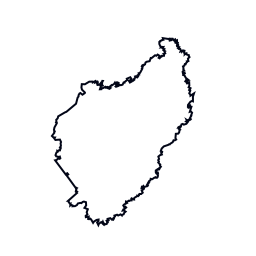 outline of Montería, Córdoba, Colombia, rotated 50°
{"feature_id": "7082276B30491480162439", "entity_name": "Montería", "entity_type": "district", "adm_level": 2, "iso_a3": "COL", "parent_name": "Colombia", "parent_adm1": "Córdoba", "projection": "equal_earth", "projection_center": [-75.989, 8.611], "detail": "fine", "context": "isolated", "style": "outline", "palette": "ink", "viewbox_px": 256, "rotation_deg": 50, "n_neighbors": 0, "source": "geoboundaries", "source_scale": "gbopen_adm2", "svg_char_len": 5773}
<svg xmlns="http://www.w3.org/2000/svg" viewBox="0 0 256 256"><g transform="rotate(50 128 128)"><path d="M81.9,186.0L83.5,186.3L83.6,187.2L84.3,187.5L85.2,191.4L87.3,191.2L88.3,190.1L88.7,191.2L90.5,191.3L93.1,187.6L95.7,188.3L96.4,189.5L98.5,190.8L99.2,192.6L99.8,192.2L100.5,192.8L100.7,193.8L101.4,194.5L100.5,195.6L100.9,196.8L100.2,197.0L100.9,197.6L100.8,198.6L102.2,201.0L103.6,201.2L105.9,199.4L106.1,198.6L107.7,199.3L107.7,200.2L106.4,201.3L106.6,203.2L105.9,204.6L123.9,205.6L124.1,205.2L123.4,204.7L123.6,203.6L125.1,203.6L125.1,205.5L139.3,206.5L141.1,205.8L141.1,206.9L141.8,207.0L142.8,208.5L143.8,208.0L143.8,208.9L145.0,208.8L145.3,220.7L145.8,220.2L146.3,221.0L148.8,221.2L149.0,220.6L150.2,221.9L150.2,220.9L151.8,220.2L152.3,220.8L153.8,218.8L154.2,216.7L153.6,214.9L154.7,212.7L155.6,212.0L155.5,210.3L156.0,209.1L157.8,207.9L160.4,209.8L161.2,212.7L164.4,211.0L166.0,213.8L168.1,214.6L168.1,216.9L169.2,217.6L170.6,215.1L172.0,217.0L172.8,216.5L172.9,215.3L174.3,215.0L178.2,215.7L177.8,214.4L178.2,211.2L179.2,209.4L180.3,210.4L180.5,212.4L183.3,213.1L182.6,211.8L182.9,209.0L184.2,208.9L183.6,207.5L185.0,208.0L186.1,207.7L186.2,208.7L186.8,208.6L186.5,207.5L187.2,207.3L187.8,206.0L187.2,205.1L187.3,204.3L185.9,204.1L186.4,203.5L186.3,202.5L185.3,202.9L185.4,201.9L184.6,201.8L185.7,199.5L188.0,199.2L187.9,198.2L188.7,198.1L188.3,196.9L187.6,196.8L187.4,194.8L186.4,194.6L187.4,192.1L188.7,191.8L189.4,189.2L191.0,188.9L190.7,188.5L191.3,186.8L190.5,185.3L190.5,183.6L188.5,184.2L187.9,185.1L187.4,183.8L187.8,183.2L187.7,180.5L186.6,180.6L186.5,181.8L184.3,181.4L184.1,180.2L184.7,177.4L183.9,177.7L183.0,176.8L184.1,176.1L184.1,174.3L184.7,173.9L184.9,172.9L185.7,171.9L184.2,170.8L184.2,170.4L184.9,170.2L185.1,170.8L186.7,169.3L185.8,168.7L185.6,167.9L186.1,164.8L185.8,164.5L186.7,164.0L186.6,162.8L186.0,162.5L185.9,161.6L187.0,160.4L187.0,158.3L184.7,157.7L184.9,155.1L184.6,154.6L183.8,154.7L182.8,156.3L181.9,155.1L182.5,154.6L182.3,153.5L183.5,153.6L184.4,151.9L184.4,150.6L184.9,150.5L184.9,149.8L183.7,149.7L183.7,148.4L183.4,148.4L183.3,147.5L182.9,147.8L182.2,145.8L182.5,144.6L181.5,143.3L182.8,142.3L183.0,139.6L183.5,139.2L183.4,138.5L184.7,137.9L184.6,136.8L183.8,135.7L182.2,135.3L182.4,134.4L181.7,134.0L181.5,135.3L181.0,135.5L180.2,135.3L180.3,134.8L179.4,133.6L178.7,134.3L178.4,134.0L178.6,131.7L179.7,131.1L179.7,130.6L179.4,129.9L178.8,130.7L178.8,127.7L177.4,127.6L176.7,127.3L176.6,126.8L173.9,127.0L173.6,125.9L172.0,125.5L171.7,124.1L169.4,123.1L169.4,120.9L170.1,119.1L168.4,118.6L168.5,117.5L168.2,117.1L166.7,117.7L165.4,115.4L165.1,112.4L166.8,108.0L166.8,107.3L167.4,106.5L167.2,105.8L167.6,102.9L166.7,101.0L167.5,100.2L167.8,98.5L166.3,98.2L163.2,95.1L164.6,93.1L164.2,91.6L162.8,90.0L162.8,89.3L161.6,89.6L161.2,87.9L160.0,89.4L159.8,88.8L160.5,86.1L159.6,84.7L160.1,83.4L161.3,83.1L162.3,80.6L161.8,78.3L160.3,79.3L160.2,78.1L159.5,77.9L160.2,77.7L160.7,76.1L161.1,76.4L161.7,75.0L161.6,74.2L160.2,74.2L159.4,71.8L159.1,71.9L157.5,69.1L155.7,69.2L155.3,70.2L152.7,66.1L151.6,68.2L151.2,67.9L150.6,66.1L151.1,64.9L150.5,66.1L151.2,68.0L151.1,68.7L150.5,68.7L148.9,67.2L148.0,63.3L148.4,61.6L149.3,61.1L145.7,58.1L143.9,55.2L143.4,59.4L142.6,58.8L140.8,58.8L139.5,56.4L138.2,56.8L137.6,55.4L138.0,55.1L137.7,54.5L135.8,55.4L135.0,53.8L132.4,51.8L131.8,54.1L131.1,54.0L131.3,53.1L130.2,52.0L129.8,52.4L130.0,53.3L129.1,54.0L128.6,52.8L128.7,52.3L129.5,52.4L130.2,50.8L126.8,51.5L123.9,50.9L122.9,51.7L121.7,50.6L122.5,49.3L122.2,49.2L121.3,50.7L120.0,50.0L119.8,49.0L120.2,48.1L118.4,47.8L117.9,47.0L116.2,46.3L116.5,44.9L115.6,43.4L116.2,42.9L115.5,41.5L115.4,40.2L114.8,40.0L115.5,38.7L113.4,37.5L113.2,35.3L111.9,35.2L111.4,34.6L109.2,35.9L108.3,35.2L107.8,36.1L107.9,37.1L107.4,36.6L106.4,36.7L105.1,35.1L104.0,35.9L104.2,37.6L103.5,37.2L103.1,38.5L102.7,37.8L101.1,37.2L100.2,38.1L99.9,37.7L99.1,38.2L98.9,36.8L97.0,37.9L96.6,37.6L97.2,36.6L96.5,36.1L95.9,36.9L95.0,35.5L94.6,36.3L93.3,36.2L93.1,36.8L91.8,36.3L91.7,35.6L93.3,36.1L93.5,35.0L92.3,34.1L92.0,35.4L90.4,34.9L90.3,36.5L88.4,36.4L88.3,37.2L88.7,38.1L88.0,39.5L87.1,38.3L86.7,39.3L86.2,38.9L85.7,39.9L81.6,43.5L82.5,43.8L82.5,44.7L83.0,44.6L82.0,47.3L82.5,47.7L82.2,48.7L83.8,50.0L86.6,50.8L87.5,50.0L87.6,50.7L88.7,48.9L89.3,50.2L90.9,49.4L91.1,50.8L92.8,50.3L92.7,50.9L94.7,51.5L94.2,52.9L94.6,52.8L95.8,54.0L94.5,55.6L94.9,56.1L94.6,57.6L94.9,59.0L93.9,59.4L93.1,57.4L90.8,58.1L90.9,59.8L89.7,60.5L89.6,65.1L89.0,65.6L90.7,68.5L89.2,71.2L89.1,72.5L90.2,74.0L90.1,75.3L89.6,75.4L89.2,76.6L89.6,77.7L90.6,77.4L91.3,79.1L91.8,79.0L93.5,83.3L92.9,84.6L94.3,85.1L93.8,86.4L94.9,86.9L95.2,88.4L93.9,89.1L93.4,88.7L93.1,89.4L94.0,89.6L94.4,92.4L95.1,92.3L95.1,93.8L94.0,95.7L94.7,95.8L94.4,97.3L92.4,97.0L92.8,95.6L92.7,93.8L90.6,93.6L89.5,97.2L90.7,97.5L90.6,101.0L91.0,101.5L90.3,102.1L91.3,104.3L90.6,106.0L89.6,106.6L89.7,108.1L88.7,110.7L88.2,110.8L87.9,106.8L87.4,106.2L85.9,107.0L86.3,109.1L84.8,108.8L85.3,110.4L85.0,113.1L84.6,113.1L84.6,114.9L85.4,115.4L84.9,115.9L85.7,116.3L86.1,116.0L86.1,117.0L85.0,117.6L85.0,116.8L84.0,116.9L83.4,117.3L83.7,118.0L83.0,118.9L82.6,118.4L81.9,118.7L81.4,121.4L80.6,122.5L81.2,123.4L80.3,124.6L78.7,122.1L78.2,122.0L78.2,121.0L79.1,120.6L79.2,120.1L78.2,120.1L76.5,118.6L75.8,117.0L75.4,117.4L76.2,118.7L75.9,119.4L76.5,120.7L76.1,122.0L76.4,122.3L75.4,123.7L74.0,123.1L74.2,122.6L73.2,122.0L73.3,121.6L72.8,121.5L72.2,123.5L71.8,122.7L71.1,122.6L70.4,125.8L69.6,125.4L67.6,127.9L66.8,132.9L64.7,135.2L67.0,137.6L69.0,138.6L73.1,138.2L73.5,138.7L73.2,141.5L70.6,142.0L70.4,143.0L71.1,144.8L72.1,145.7L72.3,147.0L76.0,152.2L76.0,164.8L75.5,166.3L74.2,174.0L75.4,175.7L75.6,177.7L76.9,178.6L77.4,179.5L78.1,179.1L78.6,179.5L80.3,184.0L81.9,186.0Z" fill="none" stroke="#020617" stroke-width="2"/></g></svg>